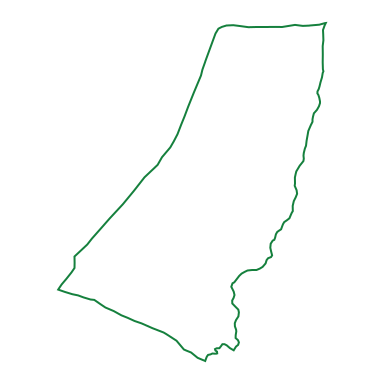 the district of Lower Jloh, Grand Kru, Liberia
{"feature_id": "62588387B79313023095428", "entity_name": "Lower Jloh", "entity_type": "district", "adm_level": 2, "iso_a3": "LBR", "parent_name": "Liberia", "parent_adm1": "Grand Kru", "projection": "equal_earth", "projection_center": [-8.548, 4.874], "detail": "fine", "context": "isolated", "style": "outline", "palette": "green", "viewbox_px": 384, "rotation_deg": 0, "n_neighbors": 0, "source": "geoboundaries", "source_scale": "gbopen_adm2", "svg_char_len": 2442}
<svg xmlns="http://www.w3.org/2000/svg" viewBox="0 0 384 384"><path d="M220.3,27.7L218.4,28.7L215.5,33.5L205.4,61.1L205.2,61.8L202.4,69.7L201.0,75.5L193.8,92.7L188.1,106.9L184.5,116.5L181.2,124.6L180.7,125.9L177.5,134.2L173.7,141.5L172.3,143.9L170.3,147.4L162.0,157.2L157.6,164.9L146.3,175.6L144.5,177.3L134.1,190.6L122.8,204.3L109.9,218.2L101.2,228.1L92.0,238.5L88.3,243.2L87.3,244.5L74.5,256.5L74.6,262.8L74.5,268.0L71.5,272.4L66.5,278.7L62.6,283.3L61.6,284.5L58.7,288.8L58.2,289.6L64.8,291.9L72.3,294.2L78.1,295.4L83.5,297.4L90.5,299.5L94.3,299.9L100.2,304.0L105.4,307.5L113.8,311.1L121.0,315.1L121.6,315.4L127.6,317.8L134.6,321.0L141.6,323.4L152.5,328.2L163.6,332.5L166.3,334.1L176.5,340.7L183.9,349.5L186.4,350.6L191.1,352.5L197.6,357.8L205.2,361.0L206.2,358.2L206.9,356.5L208.1,354.9L210.5,354.4L212.4,353.5L214.9,353.7L216.2,353.7L217.2,353.4L217.0,351.6L215.4,350.5L215.0,349.1L216.6,348.3L219.4,348.2L220.9,346.3L222.4,344.2L224.5,344.2L226.7,345.3L229.9,348.1L233.7,350.3L236.0,346.6L238.1,344.9L238.9,342.4L238.0,340.2L235.6,338.0L235.7,335.1L236.3,331.4L236.1,329.7L234.9,326.3L234.8,323.2L236.0,320.1L238.4,316.4L238.9,312.3L238.3,309.6L235.8,307.1L232.3,303.5L232.2,300.5L233.6,297.9L234.5,295.0L233.7,291.6L232.3,288.8L231.3,286.8L232.5,283.3L234.3,282.3L237.6,278.0L239.2,275.9L241.6,273.6L244.8,271.8L247.5,270.5L252.1,270.0L256.5,270.0L259.8,268.6L262.6,266.9L265.6,263.4L266.6,260.1L268.1,258.2L271.0,257.1L272.1,255.4L271.9,254.5L271.1,251.4L270.3,247.8L270.7,243.7L272.7,240.6L274.3,239.8L275.1,237.7L275.9,234.3L277.2,232.0L278.8,230.8L281.1,229.3L282.1,226.5L283.0,224.2L284.2,222.1L287.1,220.1L289.4,218.3L291.6,213.1L292.8,211.1L292.7,205.9L293.8,201.1L295.7,197.3L297.1,193.8L296.6,190.2L294.7,185.8L295.0,183.5L294.9,177.5L295.7,173.8L296.3,171.4L299.7,165.7L303.4,161.1L303.8,158.7L303.5,155.7L303.8,152.9L304.9,148.5L306.0,145.8L306.6,140.7L307.7,134.6L308.3,131.0L310.8,125.2L312.5,121.8L312.5,119.4L313.0,116.7L313.9,113.3L317.0,109.8L319.0,106.2L320.0,103.1L320.0,101.4L319.3,97.9L318.4,95.0L317.4,93.4L317.5,91.4L318.7,89.1L319.5,86.5L320.5,82.3L322.0,77.3L322.7,73.0L323.4,71.3L322.9,69.3L322.7,62.2L322.8,54.5L322.7,46.1L323.4,40.3L323.2,34.2L323.0,30.0L324.6,25.5L325.8,23.0L325.0,23.1L319.3,24.7L309.8,25.5L309.4,25.6L302.8,25.9L295.0,24.9L282.1,27.0L276.0,26.9L265.0,27.0L256.4,27.0L248.5,27.2L238.9,25.9L233.3,25.2L226.5,25.5L221.9,26.9L220.3,27.7Z" fill="none" stroke="#15803d" stroke-width="2"/></svg>